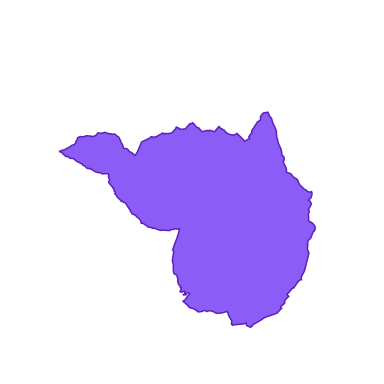 Campani, Bihor, Romania (Albers equal-area conic projection), rotated 206°
{"feature_id": "2599482B94404645511212", "entity_name": "Campani", "entity_type": "district", "adm_level": 2, "iso_a3": "ROU", "parent_name": "Romania", "parent_adm1": "Bihor", "projection": "albers", "projection_center": [22.559, 46.517], "detail": "fine", "context": "isolated", "style": "filled", "palette": "violet", "viewbox_px": 384, "rotation_deg": 206, "n_neighbors": 0, "source": "geoboundaries", "source_scale": "gbopen_adm2", "svg_char_len": 6001}
<svg xmlns="http://www.w3.org/2000/svg" viewBox="0 0 384 384"><g transform="rotate(206 192 192)"><path d="M158.7,297.0L159.2,296.8L159.9,296.1L162.2,294.7L162.8,293.6L163.3,291.9L163.4,290.9L163.4,290.0L163.1,288.7L162.5,288.0L162.5,287.4L162.0,286.6L162.2,286.0L162.5,285.8L163.1,284.9L164.0,283.7L163.9,282.8L164.1,281.6L164.1,280.6L164.4,279.9L164.6,278.5L164.5,277.1L165.1,274.5L165.0,272.8L164.2,271.3L164.1,271.0L164.7,270.1L164.6,269.6L165.2,266.7L163.7,265.6L164.2,265.0L164.8,263.8L165.2,263.5L166.0,261.9L166.7,261.2L167.1,261.0L167.5,260.6L168.5,261.5L177.1,264.3L177.0,263.9L178.0,263.2L178.6,262.4L180.1,261.2L181.0,261.0L181.6,260.7L184.6,260.1L185.5,260.1L187.2,260.7L187.8,260.3L188.2,260.4L189.5,261.5L190.0,261.7L190.5,261.8L191.0,261.6L191.6,261.7L192.2,261.6L192.7,261.9L193.9,261.7L195.6,262.5L196.6,262.6L198.1,256.1L202.6,255.4L203.5,255.1L203.5,254.5L203.8,254.2L204.2,254.0L205.7,253.9L206.8,252.7L207.5,252.3L208.4,251.2L209.0,251.0L210.5,251.0L213.9,252.5L216.6,252.3L219.5,253.8L220.9,254.3L221.7,254.5L221.8,253.7L222.7,253.4L224.0,252.1L225.7,245.7L227.3,244.8L229.3,243.5L230.1,243.5L230.1,243.4L230.7,243.3L232.4,243.7L233.5,243.3L234.3,243.6L234.6,243.5L234.4,241.3L234.5,240.7L235.3,239.2L235.7,237.2L236.0,236.4L237.0,235.5L237.3,235.3L237.7,234.8L238.3,234.6L239.1,233.9L241.3,233.2L241.8,232.2L242.3,231.9L243.3,232.3L243.8,232.2L244.6,231.9L245.1,230.6L245.9,229.6L246.1,229.2L246.7,228.7L247.2,228.0L247.3,227.6L248.3,226.0L249.0,225.8L249.6,225.1L249.7,224.8L250.1,224.5L252.5,224.0L253.1,223.6L253.4,222.5L253.7,221.9L254.0,221.6L254.1,221.3L259.2,215.0L258.7,204.1L259.0,200.2L260.5,200.2L262.3,200.6L263.4,201.1L265.8,200.8L267.2,201.6L268.8,202.3L269.8,202.2L272.3,201.4L273.3,201.9L275.0,204.0L278.1,205.9L279.0,207.2L279.6,207.3L281.1,208.7L281.8,209.1L282.8,209.4L284.8,209.5L286.3,210.2L287.3,210.0L288.9,209.1L291.5,208.4L293.5,207.7L296.5,207.5L298.1,205.9L299.6,204.9L301.9,204.1L302.8,203.5L302.7,202.2L302.9,201.3L303.7,200.4L303.9,199.9L305.1,198.7L306.4,197.9L307.4,198.0L309.7,197.0L311.1,196.6L312.6,195.3L314.0,193.8L316.9,192.8L317.2,192.5L317.4,192.0L317.9,191.4L318.3,191.1L318.6,190.6L318.1,190.1L318.3,189.2L318.3,188.5L318.4,187.6L318.4,186.3L318.1,185.0L318.6,183.1L320.8,180.8L321.6,178.8L323.2,177.0L325.0,174.1L327.2,172.4L328.0,171.3L328.8,170.6L328.0,170.1L327.3,170.5L326.6,170.6L324.7,169.6L322.2,169.2L321.3,168.7L319.1,169.3L317.7,169.4L316.7,168.9L315.4,169.2L314.5,169.7L312.6,170.0L309.1,169.0L305.7,169.1L304.9,168.8L303.4,169.2L301.7,168.2L299.6,168.5L297.6,167.4L295.7,167.5L294.9,167.8L294.1,168.5L293.6,168.5L293.2,168.1L291.7,168.3L289.3,167.9L287.0,167.8L285.3,168.2L283.6,168.9L282.2,169.1L280.3,169.0L278.6,170.3L276.4,171.0L275.4,171.6L274.4,171.3L273.9,169.4L273.1,168.3L272.0,167.3L271.3,166.9L271.2,166.1L271.5,164.7L270.9,163.9L268.8,163.0L267.7,162.3L266.6,162.1L263.9,160.4L263.2,160.4L262.7,159.1L262.3,158.8L260.7,158.3L260.6,156.4L259.3,156.4L256.9,154.6L252.3,153.2L251.4,152.5L250.7,153.2L249.0,152.7L247.1,153.1L245.8,152.1L244.4,151.4L243.4,150.6L242.2,150.1L241.3,149.4L239.4,148.5L238.8,147.5L237.5,147.1L236.5,146.2L235.2,146.1L234.7,146.4L233.7,146.2L233.1,146.3L232.5,146.2L230.1,145.2L228.3,145.0L225.7,143.8L223.8,141.6L222.6,142.4L219.9,142.0L218.5,142.0L217.6,141.7L216.7,141.2L215.5,141.4L213.3,142.2L211.7,142.0L210.9,142.3L210.4,142.9L206.0,143.3L203.2,143.8L201.7,144.7L198.4,146.2L195.0,147.6L194.6,148.6L193.4,149.8L192.1,150.3L191.1,151.6L189.7,151.9L187.1,153.4L186.1,149.1L185.3,143.9L184.7,136.7L183.9,131.3L183.1,131.1L182.6,130.6L182.2,130.0L179.5,121.4L177.2,118.9L176.5,117.7L175.2,114.8L174.1,113.0L173.7,112.2L172.9,111.2L172.2,110.7L171.2,110.5L169.9,110.7L168.9,110.5L168.4,109.5L166.2,107.2L166.2,106.8L165.8,105.6L163.5,102.9L161.2,102.3L160.7,101.1L159.6,101.1L159.1,99.4L159.1,97.2L157.2,97.4L156.6,98.5L154.9,99.5L154.3,99.3L154.5,98.5L154.2,97.9L153.8,97.6L153.9,97.2L154.9,95.9L154.5,95.7L152.7,96.8L152.1,97.3L152.2,98.3L151.7,99.4L150.3,99.9L149.8,99.8L149.4,99.2L150.3,96.0L151.2,91.1L152.3,90.1L151.6,89.6L149.2,89.1L145.6,87.9L143.9,87.1L142.4,87.2L140.5,87.6L137.9,87.8L134.4,87.0L133.8,87.0L132.8,87.5L130.7,89.0L128.9,91.1L128.0,91.3L126.8,91.0L126.3,91.0L124.5,92.9L124.2,93.1L121.4,93.7L119.5,93.8L117.6,93.6L116.8,93.7L115.6,94.3L112.1,96.4L108.6,99.6L108.3,100.0L106.8,99.1L105.4,97.5L104.6,96.8L104.1,96.6L103.6,96.0L102.8,95.5L101.1,94.6L99.9,93.7L99.2,92.5L99.2,92.3L99.2,91.7L98.8,90.8L97.2,89.9L96.5,90.7L96.4,91.2L95.9,91.1L88.3,95.7L87.0,96.8L86.2,97.8L84.2,95.9L82.0,96.0L80.3,95.9L79.0,97.9L79.2,99.2L74.3,106.5L71.7,111.0L63.7,119.1L62.3,120.7L60.9,125.7L60.4,126.7L61.7,127.2L61.9,128.4L60.9,130.3L60.0,132.8L60.2,133.4L60.8,133.9L60.8,136.3L60.6,137.0L59.6,139.8L59.2,140.5L59.8,140.9L60.9,141.2L61.8,141.8L61.6,142.6L60.9,144.0L60.5,145.9L59.9,148.2L59.4,149.5L59.0,150.4L58.5,150.4L58.0,153.6L57.7,156.5L57.2,158.5L55.9,161.0L55.2,161.2L55.9,162.0L56.5,164.2L56.5,165.5L56.5,166.7L56.3,168.1L56.4,170.7L59.7,186.7L60.1,188.3L63.2,191.1L64.1,193.3L64.5,194.6L65.1,195.7L65.3,196.4L66.0,197.7L66.2,198.9L65.9,200.7L65.3,201.9L65.1,203.6L65.4,206.0L65.6,209.3L64.8,211.0L65.5,214.1L66.9,215.3L69.7,216.7L71.4,217.0L74.4,217.0L75.0,218.1L75.4,219.2L77.7,223.1L77.9,225.2L78.3,226.4L79.6,227.0L79.4,232.1L79.7,234.1L81.0,234.7L81.8,235.5L83.8,235.8L82.8,238.5L82.5,238.8L82.8,240.7L82.9,241.8L83.7,243.7L84.3,244.4L84.8,244.7L85.5,243.9L86.9,243.2L89.4,243.2L90.0,243.7L93.2,243.9L95.3,244.9L97.7,245.4L99.9,246.8L101.4,248.4L103.0,249.4L103.7,249.6L106.8,249.9L108.1,250.1L110.7,251.6L112.3,251.6L115.5,251.2L116.1,251.3L116.4,252.5L116.8,253.4L117.8,254.8L121.9,257.9L123.2,259.3L123.4,260.4L123.2,261.2L123.3,261.5L124.2,263.1L125.4,264.2L126.2,264.2L126.8,264.4L127.4,264.8L127.7,265.2L129.0,267.4L129.7,268.0L130.7,269.5L135.3,273.3L139.6,278.2L141.5,281.1L142.6,283.2L143.3,284.2L147.0,287.5L148.7,288.6L149.9,289.7L152.2,292.3L152.7,293.0L153.7,293.5L155.5,294.2L158.7,297.0Z" fill="#8b5cf6" stroke="#5b21b6" stroke-width="1.5"/></g></svg>